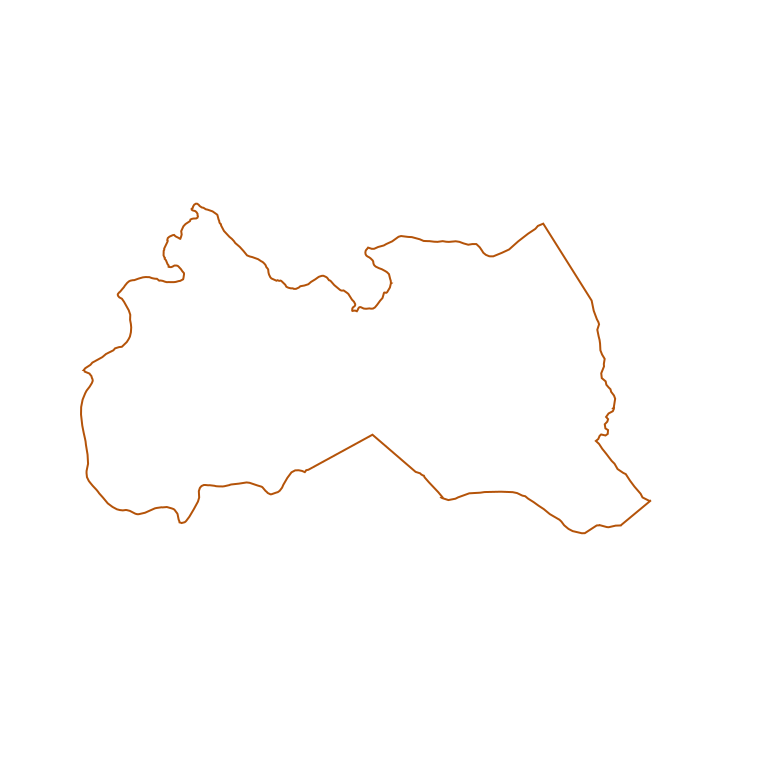 outline of Marigot, Anse-la-Raye, Saint Lucia, rotated 18°
{"feature_id": "8701671B85402755836861", "entity_name": "Marigot", "entity_type": "district", "adm_level": 2, "iso_a3": "LCA", "parent_name": "Saint Lucia", "parent_adm1": "Anse-la-Raye", "projection": "robinson", "projection_center": [-61.025, 13.962], "detail": "fine", "context": "isolated", "style": "outline", "palette": "amber", "viewbox_px": 768, "rotation_deg": 18, "n_neighbors": 0, "source": "geoboundaries", "source_scale": "gbopen_adm2", "svg_char_len": 6148}
<svg xmlns="http://www.w3.org/2000/svg" viewBox="0 0 768 768"><g transform="rotate(18 384 384)"><path d="M473.7,474.3L474.7,474.5L481.1,474.5L487.4,471.0L489.5,468.9L498.9,461.6L509.2,457.6L513.0,455.7L528.5,450.3L539.8,447.1L544.3,446.6L550.1,447.4L553.0,447.1L556.5,448.5L562.8,450.1L568.7,452.0L574.6,453.6L581.9,456.5L592.9,458.9L595.2,460.0L599.0,462.7L604.2,464.8L608.9,465.6L618.3,464.8L621.1,463.8L630.0,452.8L632.4,451.9L632.5,451.6L640.2,451.2L641.9,450.8L648.1,447.1L652.8,445.4L653.1,445.2L653.1,444.9L673.8,412.2L672.7,413.2L664.9,412.0L662.0,409.1L653.9,404.2L647.7,399.8L641.8,395.0L638.9,394.6L632.4,392.7L627.9,388.6L624.3,386.8L616.8,381.6L611.6,378.2L607.0,374.5L603.1,372.7L604.8,370.1L605.1,366.7L606.1,364.9L610.6,364.5L612.2,362.3L611.3,358.6L608.3,357.8L606.4,354.1L608.0,350.8L608.0,348.2L605.4,346.7L606.7,342.6L610.0,339.2L610.3,336.6L610.1,335.7L609.6,335.9L609.8,335.4L608.4,326.6L606.3,323.9L602.4,321.2L601.0,319.0L598.8,317.9L595.7,316.0L594.0,313.0L589.3,311.1L587.3,306.7L587.8,299.3L586.9,297.1L586.1,291.9L582.3,288.6L579.4,285.1L577.0,278.8L575.4,275.5L573.5,272.5L570.1,266.5L570.1,260.8L568.7,258.8L566.5,256.7L560.8,249.5L555.7,240.5L485.9,182.3L481.5,186.1L480.0,189.7L474.6,196.5L467.6,206.8L461.4,217.4L455.7,222.7L448.5,228.8L444.7,230.0L441.0,229.7L437.9,228.5L435.9,226.8L432.8,224.4L429.1,222.6L428.5,222.4L424.6,223.7L421.1,225.5L416.2,225.7L411.8,225.5L408.1,226.1L401.8,228.8L399.1,229.5L395.7,230.0L390.9,232.3L387.6,233.2L383.0,234.1L380.1,235.0L377.4,235.7L373.3,235.3L365.1,235.7L361.3,236.7L354.5,238.0L352.3,239.5L347.7,245.8L342.9,250.2L341.0,252.3L336.1,255.5L332.9,258.4L330.7,259.2L326.7,259.2L326.2,260.7L325.6,262.0L325.4,263.2L325.7,264.9L326.4,266.3L327.5,267.3L328.9,267.8L330.7,268.1L332.3,268.6L334.9,269.9L335.8,270.7L336.6,272.4L337.4,273.5L338.1,274.1L339.8,274.9L343.4,275.4L346.4,275.5L350.2,276.2L352.2,276.7L354.8,278.0L357.4,282.2L358.5,283.7L359.4,285.9L359.8,285.9L359.6,286.2L359.5,286.7L359.8,290.4L358.6,295.8L357.9,296.6L356.3,296.8L355.9,297.1L355.8,297.9L355.9,299.0L356.0,302.7L354.6,305.9L353.0,310.8L351.7,314.0L350.2,315.7L348.3,316.4L346.8,316.6L343.7,318.0L341.4,318.5L338.1,318.1L337.2,318.4L336.8,318.7L336.4,319.5L336.2,320.5L336.0,322.2L335.7,323.2L333.9,323.1L332.3,323.7L331.7,324.2L331.1,324.1L330.6,322.3L330.6,321.6L330.9,320.6L332.0,319.1L332.2,317.8L331.9,316.9L330.0,315.0L327.5,313.7L322.2,309.3L320.6,308.7L316.7,307.5L315.1,308.2L314.3,308.3L313.1,308.1L306.1,305.3L301.6,302.6L300.3,302.2L299.6,302.3L297.1,300.5L295.7,300.1L293.0,299.8L291.7,300.2L290.2,301.2L288.8,302.3L286.2,305.8L283.1,309.4L281.2,312.5L277.9,314.9L274.2,316.9L273.2,318.6L270.9,320.7L268.9,321.4L267.7,321.2L265.9,321.8L263.3,322.0L261.1,321.7L259.4,320.1L254.7,317.8L254.3,317.7L253.7,317.6L252.7,318.2L252.1,318.3L250.7,318.2L249.8,319.0L244.3,318.4L242.9,317.6L240.8,315.4L239.7,313.7L238.4,310.8L236.9,309.7L236.2,309.4L234.6,307.5L232.9,306.4L230.7,305.4L229.6,305.3L225.7,304.2L219.5,304.0L216.9,304.2L214.0,304.0L209.4,301.0L204.5,298.2L199.0,295.9L197.0,294.4L194.5,293.0L191.5,291.8L184.5,287.9L180.1,283.6L179.6,282.6L179.2,282.2L178.4,282.0L177.7,281.3L177.2,280.6L176.7,279.5L176.0,278.9L173.3,274.7L172.5,274.3L167.6,272.8L162.2,272.7L160.5,272.9L157.9,272.2L156.2,272.4L153.7,271.7L152.5,270.9L150.8,270.3L149.4,270.6L148.1,272.1L147.6,274.2L147.7,275.7L146.9,276.8L147.2,277.6L148.2,278.0L151.2,277.9L152.8,278.7L154.1,279.8L154.6,281.3L155.2,281.9L155.2,283.5L154.2,284.6L151.7,285.5L150.3,286.3L149.1,287.4L149.1,289.1L145.8,293.2L144.5,296.0L143.9,301.3L145.4,304.4L145.5,306.7L145.4,308.8L144.6,308.9L144.0,308.6L140.7,308.1L139.9,307.9L138.3,307.1L137.0,307.8L134.7,309.9L134.2,310.5L133.3,312.0L133.4,314.2L134.1,314.7L134.1,315.7L133.1,323.1L133.5,324.2L133.3,325.4L134.6,329.8L135.8,331.2L136.6,331.7L136.7,332.7L138.3,333.6L141.2,337.0L142.5,337.8L142.9,339.1L143.5,339.1L145.3,338.7L146.8,337.6L147.1,337.1L148.1,336.1L149.9,335.5L151.2,335.4L152.1,335.7L155.5,337.6L157.1,338.9L159.5,340.4L159.9,341.4L160.5,345.0L160.6,346.5L158.3,348.9L156.9,349.6L154.5,351.2L152.6,352.1L148.1,353.5L145.7,354.3L143.9,354.4L141.7,354.3L139.5,354.6L138.3,355.2L135.5,354.1L133.9,354.6L131.7,354.9L130.5,355.0L127.8,354.9L124.1,356.0L121.7,357.1L118.0,359.6L114.4,362.4L113.0,362.9L110.9,364.1L109.8,365.1L108.5,367.2L107.2,370.5L106.7,372.4L105.8,374.5L104.5,377.8L103.8,378.8L103.1,380.7L103.2,381.4L103.8,382.3L105.5,383.4L108.4,383.9L111.4,386.2L118.5,392.8L121.3,396.6L122.7,401.5L124.7,405.1L126.1,408.3L127.3,413.0L127.7,417.4L127.3,420.1L126.4,423.6L123.2,429.6L120.6,430.8L117.2,433.2L116.2,435.6L110.4,441.3L107.8,445.5L100.0,453.8L98.9,456.5L95.0,461.3L94.2,463.4L94.5,463.3L95.5,464.7L100.7,465.1L101.7,465.9L103.1,466.7L104.5,468.7L105.3,469.5L106.0,471.0L105.9,473.3L104.9,477.5L103.2,482.2L102.7,485.1L102.2,492.0L103.1,499.5L105.3,506.7L109.9,516.8L113.4,523.1L116.6,528.5L117.9,530.8L119.3,533.9L123.9,542.8L127.2,551.3L128.0,558.6L128.6,560.6L130.3,564.4L133.2,567.4L135.1,568.7L138.4,570.8L143.3,573.5L145.3,574.8L146.9,576.0L151.7,578.8L158.2,582.9L163.8,584.8L168.7,585.7L171.8,585.5L174.7,584.9L177.4,583.6L178.4,583.4L181.5,583.2L187.6,584.2L189.4,584.1L191.0,583.6L196.5,580.3L204.5,573.1L206.0,572.2L210.5,570.0L211.5,569.8L215.5,568.1L220.7,567.9L222.6,568.0L223.7,568.4L227.5,571.1L227.9,571.6L230.7,576.6L231.3,577.1L232.3,578.8L233.4,578.7L234.4,578.8L237.1,577.1L237.7,576.3L238.2,575.3L239.9,570.4L241.8,561.9L243.4,553.3L243.3,549.1L241.0,543.1L241.0,539.8L241.4,538.7L242.0,537.4L243.9,535.7L245.6,535.2L247.9,534.7L249.6,534.1L254.2,533.2L255.8,533.1L257.9,532.6L262.2,531.3L263.7,530.6L268.4,527.8L268.7,527.4L269.9,526.7L276.8,523.6L283.7,520.1L286.7,519.5L294.9,519.6L299.1,519.5L300.2,519.7L304.4,522.3L305.7,522.8L307.1,523.6L310.1,524.0L311.1,523.6L315.3,520.4L316.4,519.7L317.8,517.8L319.1,514.1L319.4,511.0L321.1,503.1L323.3,496.6L326.2,493.6L329.5,492.4L333.0,492.0L335.9,492.3L336.2,491.6L336.6,490.1L337.3,489.6L338.5,489.0L388.7,435.8L441.2,457.8L446.0,457.8L447.3,458.5L449.2,458.9L450.3,458.9L451.4,460.2L457.1,463.6L469.0,470.1L474.4,473.5L473.7,474.3Z" fill="none" stroke="#b45309" stroke-width="2"/></g></svg>